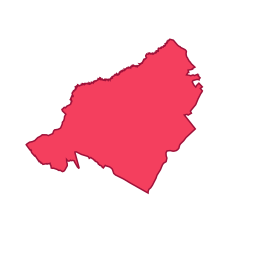 the district of Cetariu, Bihor, Romania, rotated 144°
{"feature_id": "2599482B19463372826747", "entity_name": "Cetariu", "entity_type": "district", "adm_level": 2, "iso_a3": "ROU", "parent_name": "Romania", "parent_adm1": "Bihor", "projection": "mercator", "projection_center": [22.043, 47.156], "detail": "fine", "context": "isolated", "style": "filled", "palette": "rose", "viewbox_px": 256, "rotation_deg": 144, "n_neighbors": 0, "source": "geoboundaries", "source_scale": "gbopen_adm2", "svg_char_len": 5921}
<svg xmlns="http://www.w3.org/2000/svg" viewBox="0 0 256 256"><g transform="rotate(144 128 128)"><path d="M220.2,174.3L220.2,167.8L219.9,167.3L219.4,167.4L219.5,166.5L220.1,166.0L220.4,164.5L220.0,160.3L219.4,160.4L219.7,153.2L219.1,153.2L219.1,151.4L218.7,151.4L218.7,150.3L218.3,150.0L218.2,148.6L214.6,146.9L214.7,146.4L211.8,145.2L212.4,144.2L212.4,143.2L213.6,140.7L212.5,139.6L211.9,139.3L209.7,136.2L209.0,134.5L207.4,133.3L207.2,132.4L206.6,131.2L205.3,130.8L203.8,131.1L199.3,133.2L198.2,134.8L197.7,136.3L196.2,138.6L196.1,137.3L195.8,136.4L195.0,135.8L193.5,135.8L193.2,135.0L191.6,134.2L190.8,132.8L191.2,131.9L191.8,126.1L191.5,124.5L191.0,124.5L185.5,139.0L185.1,139.7L183.9,139.2L181.2,134.0L177.2,128.6L176.9,127.5L177.2,126.2L175.4,126.0L174.9,124.2L174.4,123.2L174.3,121.9L173.8,121.3L174.1,120.6L174.0,120.2L173.2,119.1L172.9,117.9L172.8,117.6L173.1,117.0L173.0,116.7L173.2,116.0L172.8,115.5L172.8,114.6L172.5,114.4L172.4,113.9L172.0,113.5L171.7,112.3L171.9,111.9L171.5,110.2L168.4,111.1L168.1,110.4L165.8,107.4L165.2,105.7L164.9,103.9L166.2,99.6L165.7,97.3L161.7,89.7L158.5,82.2L150.0,63.6L149.0,64.8L148.0,65.6L147.1,66.1L144.8,66.3L142.0,67.3L134.9,70.9L132.4,72.7L126.3,75.2L121.9,77.9L120.0,78.6L116.9,78.4L114.2,80.8L113.5,83.0L112.2,85.1L111.6,85.8L109.8,86.5L107.1,84.9L105.5,83.1L104.5,82.3L102.4,81.4L100.7,81.3L98.8,81.7L96.4,83.7L95.0,84.3L90.4,85.0L86.6,86.2L74.1,87.7L74.8,105.4L72.4,104.4L72.1,104.1L71.8,103.1L68.0,102.7L67.6,105.0L59.5,107.1L54.5,110.2L49.1,113.0L47.3,113.6L46.0,114.3L46.2,117.5L43.7,117.6L44.3,122.6L47.4,122.1L49.1,121.3L49.4,122.9L49.4,124.7L49.0,126.9L49.0,127.5L47.5,128.2L43.5,126.7L42.9,126.0L42.4,125.7L42.2,125.3L41.9,125.7L40.2,126.2L40.6,129.0L39.9,129.3L40.1,129.8L40.0,130.5L43.3,131.3L44.2,132.7L46.5,133.4L47.4,134.6L49.4,136.6L46.7,137.7L46.2,137.3L45.4,139.5L42.0,137.9L41.1,137.7L41.0,138.2L38.1,137.9L39.0,142.5L39.0,145.3L39.2,146.4L39.0,147.4L39.0,148.4L38.7,149.4L38.7,151.2L37.9,153.0L37.1,154.3L35.9,155.4L35.6,156.3L35.7,157.5L36.1,158.5L38.1,162.3L38.1,163.2L38.8,164.3L39.2,165.9L39.7,172.4L42.0,175.2L42.7,174.9L42.9,175.1L43.6,174.8L44.1,175.2L44.4,174.8L45.2,175.2L45.9,174.7L45.9,174.3L46.5,174.4L46.6,173.8L46.9,173.7L48.4,174.4L48.6,174.1L48.4,173.9L48.5,173.5L49.5,172.8L50.4,173.4L50.6,172.9L51.3,173.3L52.1,172.8L52.8,173.6L53.7,173.8L54.0,173.1L54.6,173.1L54.7,173.7L55.6,173.7L56.3,174.6L56.6,174.6L57.7,173.5L58.1,172.5L58.5,172.3L58.9,172.7L59.1,173.4L59.9,173.8L60.9,173.0L60.7,172.5L61.3,172.4L61.7,173.2L62.2,172.8L63.2,173.3L63.6,172.9L64.2,173.0L64.0,173.4L64.3,173.5L64.2,173.9L64.6,173.8L64.8,174.3L65.3,174.1L66.2,174.7L66.2,175.7L66.6,176.1L67.0,176.0L67.3,176.3L67.4,175.7L67.7,175.7L68.1,176.1L69.2,176.5L69.4,176.9L71.0,176.2L71.6,175.3L71.7,174.0L73.7,173.7L74.3,174.3L75.1,174.1L75.4,173.9L75.5,173.3L75.8,173.2L75.9,173.5L76.6,173.3L77.3,172.7L77.8,172.7L78.2,172.2L78.7,172.6L79.2,172.3L79.7,172.7L80.7,172.8L81.0,173.1L80.9,172.4L81.4,172.6L81.7,172.1L83.4,172.3L83.7,172.7L84.2,172.3L84.4,172.9L84.7,172.6L84.8,173.0L85.5,173.0L85.6,173.3L85.2,173.6L85.3,173.8L86.6,174.4L86.9,174.9L86.5,175.2L86.7,175.6L87.0,175.3L87.4,175.2L87.6,175.7L87.9,175.2L88.4,175.2L88.6,175.4L88.4,175.7L88.1,175.9L88.7,176.1L88.8,175.8L89.3,175.5L89.7,175.9L90.3,175.8L90.6,175.3L90.7,175.6L91.3,175.8L91.4,176.3L92.0,177.0L92.8,176.4L93.5,177.3L95.0,177.0L95.3,177.2L96.0,176.8L96.4,177.8L97.0,176.8L97.3,176.7L97.6,177.3L98.6,177.2L98.7,177.8L99.6,177.1L100.2,177.4L99.8,177.7L99.9,178.1L100.4,177.8L100.8,178.1L101.4,177.6L101.6,178.1L101.9,178.2L102.4,178.0L102.6,177.4L103.0,177.4L103.3,176.8L104.2,176.7L104.3,177.2L105.3,176.9L105.8,177.4L105.1,178.5L105.2,178.8L105.7,178.5L105.9,178.1L106.5,178.5L106.5,178.2L106.8,178.1L107.2,178.8L108.0,178.8L108.9,178.3L110.6,178.9L110.7,178.3L111.1,178.2L111.3,177.6L111.7,177.7L111.5,178.1L112.3,178.5L112.6,178.4L112.6,178.0L113.2,177.8L113.6,178.1L114.3,177.4L114.3,178.2L114.9,178.6L116.1,178.1L116.1,178.6L115.8,179.2L116.9,179.7L117.0,180.4L117.4,180.6L118.0,179.8L118.3,179.8L118.2,180.3L118.2,181.1L118.7,181.1L118.8,180.7L119.3,180.6L119.5,180.9L119.3,181.1L120.0,181.3L120.1,182.8L120.8,182.5L121.4,183.0L121.0,183.2L121.5,183.6L121.0,183.7L120.8,184.7L121.1,185.1L121.3,184.8L121.6,184.9L121.8,184.2L122.3,184.3L122.8,185.0L123.3,184.8L123.4,185.3L124.1,184.7L125.8,184.8L126.1,185.1L126.4,184.9L127.2,185.6L127.9,185.1L128.4,185.8L129.7,184.9L129.8,185.6L130.3,186.1L130.5,185.6L131.1,185.8L130.8,186.0L131.0,186.3L131.3,185.9L132.1,185.8L132.5,186.6L132.9,185.9L133.1,185.9L133.3,186.2L133.1,186.5L133.1,187.2L133.8,186.5L134.0,186.8L133.8,187.3L134.2,187.2L134.3,187.4L134.1,187.7L134.3,187.9L135.0,187.8L135.4,188.4L136.1,188.9L136.6,188.8L137.0,189.3L137.5,188.7L137.9,188.7L138.1,189.2L137.7,189.5L138.3,189.6L138.3,190.2L138.5,190.4L138.6,189.9L139.0,189.7L139.4,189.9L139.5,190.6L140.0,190.8L140.3,190.1L141.7,190.6L142.3,190.5L142.8,191.4L143.1,191.4L142.9,191.6L143.3,192.4L143.8,191.5L144.3,191.4L144.5,191.6L144.4,191.9L144.1,192.2L144.9,192.2L144.7,192.0L144.9,191.6L145.5,191.1L145.7,191.3L145.5,191.6L146.5,192.0L146.4,191.3L146.8,191.0L146.7,190.7L147.2,190.7L147.1,190.4L147.8,189.9L148.7,190.1L149.6,189.6L149.8,189.8L149.5,190.1L150.3,190.1L151.4,189.4L151.9,189.5L152.9,188.8L153.2,187.9L153.6,187.4L153.5,186.4L153.8,186.0L154.2,186.8L154.7,186.4L154.8,186.8L157.1,185.4L157.0,184.9L157.7,184.8L157.3,184.4L157.9,183.7L157.6,183.4L157.6,183.2L157.9,183.2L157.8,182.7L158.2,182.3L158.6,182.4L159.1,181.9L159.6,181.8L160.0,181.2L161.4,181.0L164.5,181.6L166.6,181.1L166.8,181.6L167.5,182.2L168.7,182.0L168.8,181.8L170.5,181.9L171.0,180.3L170.2,175.7L172.7,174.5L174.0,173.0L175.7,171.7L177.7,171.2L178.9,169.8L182.6,167.6L185.3,168.0L188.5,169.6L189.8,169.3L192.2,167.7L196.9,168.7L197.9,170.3L201.4,172.9L203.5,172.8L206.7,173.3L210.8,172.6L213.4,173.2L216.0,174.4L219.2,174.5L220.2,174.3Z" fill="#f43f5e" stroke="#9f1239" stroke-width="1.5"/></g></svg>